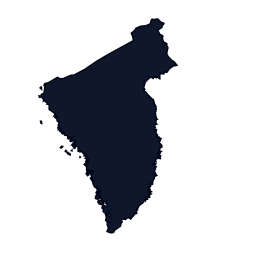 the district of Boalemo, Gorontalo, Indonesia, rotated 65°
{"feature_id": "22746128B1718153682633", "entity_name": "Boalemo", "entity_type": "district", "adm_level": 2, "iso_a3": "IDN", "parent_name": "Indonesia", "parent_adm1": "Gorontalo", "projection": "orthographic", "projection_center": [122.441, 0.682], "detail": "fine", "context": "isolated", "style": "filled", "palette": "ink", "viewbox_px": 256, "rotation_deg": 65, "n_neighbors": 0, "source": "geoboundaries", "source_scale": "gbopen_adm2", "svg_char_len": 5954}
<svg xmlns="http://www.w3.org/2000/svg" viewBox="0 0 256 256"><g transform="rotate(65 128 128)"><path d="M91.9,57.1L87.2,58.3L85.2,59.8L80.0,61.5L76.9,61.5L72.1,57.9L69.5,58.0L68.0,57.2L64.8,59.5L60.6,58.8L59.7,57.6L58.9,57.6L56.5,59.6L51.9,59.7L51.1,54.7L49.5,53.7L49.3,52.4L48.3,51.2L45.9,53.5L41.7,55.0L40.3,59.6L39.5,60.1L40.7,62.0L43.0,63.7L42.9,68.6L41.1,73.5L41.0,78.6L42.3,80.5L43.5,84.9L47.4,85.1L51.1,86.2L52.9,113.8L54.2,127.7L56.6,142.4L57.2,154.4L56.1,157.6L55.8,166.2L54.2,169.3L52.3,170.5L53.3,181.2L52.6,184.6L53.3,185.5L53.7,184.9L53.9,186.0L54.6,185.8L54.3,186.4L54.8,185.8L55.9,186.2L61.2,189.6L60.8,191.0L61.2,192.6L62.5,193.5L61.3,195.0L62.8,195.3L63.1,194.2L62.6,193.7L63.2,192.7L64.7,193.0L66.3,192.4L67.8,193.2L67.6,192.6L68.2,192.1L71.6,190.5L72.2,191.2L72.4,190.3L74.1,189.8L77.8,191.6L83.4,188.4L84.8,188.5L85.8,189.8L86.0,188.0L86.6,188.3L87.4,187.5L88.8,188.5L87.4,189.2L87.5,189.8L89.5,188.6L91.8,189.2L94.3,188.0L94.7,188.8L95.7,189.0L95.9,190.1L97.0,190.4L97.7,189.6L98.2,191.6L99.3,191.6L99.4,191.1L100.1,191.8L100.4,189.7L100.9,191.0L101.9,191.3L102.5,190.8L101.6,189.6L104.0,190.4L105.6,189.9L105.8,189.3L103.1,187.7L107.6,188.5L109.2,186.4L110.6,186.1L111.7,187.1L112.6,186.7L111.5,185.5L112.0,184.7L112.4,185.4L113.2,185.2L112.7,182.3L113.2,181.1L113.5,183.1L114.6,184.0L114.5,185.5L115.2,186.0L116.0,185.8L116.6,182.6L117.8,182.1L117.7,180.7L118.4,181.6L118.3,183.2L119.6,182.3L119.5,181.3L120.2,182.5L118.5,184.4L119.5,183.9L119.0,185.1L119.5,186.0L119.9,184.6L120.5,184.6L120.2,185.7L121.1,185.7L121.1,184.3L121.3,185.1L122.2,184.5L123.0,185.7L123.5,185.2L123.7,185.8L123.9,184.7L122.3,183.0L123.9,181.3L123.5,180.9L124.5,181.4L124.2,180.9L124.9,180.4L126.2,181.9L127.3,181.5L126.7,182.4L127.9,183.0L129.4,181.6L129.6,180.1L130.5,179.4L131.1,179.7L132.1,177.8L132.7,179.2L133.7,178.5L134.7,179.6L135.3,178.6L134.9,177.2L136.0,178.1L136.5,177.6L136.9,178.5L137.0,177.7L138.3,178.1L139.2,176.8L139.5,177.3L138.7,178.8L141.0,177.6L141.5,177.9L140.9,178.8L140.1,178.6L139.8,179.7L140.8,180.5L140.0,180.7L142.3,180.2L142.8,179.2L143.7,180.1L143.1,181.7L142.1,181.9L142.5,183.1L145.5,181.9L147.7,182.8L148.3,182.3L148.1,183.1L149.8,183.6L150.5,181.8L151.5,182.3L152.8,181.7L151.8,181.4L151.6,180.7L150.8,181.0L150.8,180.1L151.5,180.1L151.3,179.4L151.9,179.1L152.5,179.6L152.7,178.2L153.8,180.7L153.2,180.8L153.6,181.2L159.6,181.8L158.8,182.6L157.4,182.6L157.4,183.1L158.3,183.2L161.5,182.8L161.4,181.9L160.4,181.7L161.8,181.5L163.2,183.2L166.6,183.3L167.8,182.9L167.7,181.2L168.8,181.5L168.8,182.2L169.5,182.1L169.8,181.1L172.7,179.6L170.6,181.7L172.4,182.9L172.9,184.2L174.0,184.3L174.4,183.7L173.0,181.7L172.9,180.7L173.8,179.7L175.0,183.1L176.0,182.0L176.7,182.6L177.6,181.6L178.9,183.4L179.4,182.1L180.2,182.6L182.4,181.1L183.3,182.1L182.2,182.7L181.2,185.3L181.7,186.3L182.9,186.6L185.0,186.0L186.6,183.6L185.8,181.5L184.1,181.0L185.0,179.3L186.3,179.2L186.6,180.0L189.2,179.3L190.3,181.0L188.2,182.1L187.3,182.9L187.4,183.7L189.5,185.4L189.9,184.7L192.0,185.0L192.8,185.7L194.2,185.5L195.4,184.4L196.3,184.8L196.6,183.7L197.9,182.6L197.7,181.9L195.3,181.1L194.9,180.2L198.1,181.4L199.4,180.8L199.5,179.6L200.1,181.4L201.2,181.4L201.2,182.0L197.0,184.1L197.1,184.9L199.9,185.4L202.2,187.3L204.2,186.6L204.0,185.7L205.5,184.3L205.0,186.8L206.7,187.7L210.4,188.0L212.9,190.8L215.8,187.9L216.5,185.2L214.9,183.2L213.8,176.4L211.2,174.3L210.8,173.0L208.4,173.0L208.2,171.4L209.9,168.8L209.2,167.3L209.7,164.9L211.5,164.2L211.5,163.3L210.8,162.8L209.9,160.3L209.1,159.9L209.4,158.6L208.0,158.1L209.1,156.3L206.6,155.3L206.2,153.9L204.8,154.1L204.8,152.8L203.0,150.8L202.0,145.8L200.1,143.5L201.5,143.1L200.3,142.1L200.7,140.6L198.1,141.1L199.4,139.9L199.9,137.8L197.9,138.4L198.9,137.4L197.9,136.8L197.7,135.7L197.2,136.9L195.9,136.8L196.2,135.1L195.3,135.9L194.8,135.6L195.2,133.9L193.7,134.8L193.3,136.0L192.8,135.7L192.9,134.0L190.0,134.7L189.3,133.3L190.5,133.8L190.9,133.2L190.0,131.7L188.2,130.8L189.3,129.6L186.1,127.6L184.7,125.3L183.3,125.1L183.1,122.2L181.2,124.2L180.8,123.4L181.8,122.9L181.8,122.2L178.8,122.3L177.2,121.5L176.8,120.5L175.4,121.1L175.5,119.5L174.8,118.7L173.2,120.4L172.3,118.0L171.0,119.8L170.1,117.7L170.5,116.8L168.0,116.5L168.1,114.9L166.9,113.8L168.3,113.3L169.4,111.7L166.8,110.2L166.4,111.6L165.7,111.8L164.5,109.7L164.1,111.3L163.3,111.8L163.1,108.0L162.0,109.4L159.3,107.0L159.8,105.6L158.3,104.7L154.5,105.9L151.5,102.5L150.5,103.7L149.5,103.7L149.6,104.9L148.3,104.5L147.6,105.5L146.7,104.2L144.6,105.0L141.5,102.9L140.7,104.8L139.0,103.0L137.7,103.6L136.5,101.9L136.7,100.2L135.5,100.9L132.4,98.8L132.4,97.8L131.2,98.6L130.3,97.7L129.1,98.1L127.4,97.1L125.7,97.2L124.9,95.8L123.6,95.4L122.9,94.3L120.8,94.2L120.2,93.4L118.9,94.2L118.4,93.6L117.6,94.0L116.3,93.5L115.9,94.1L115.4,93.4L112.7,93.1L112.6,93.6L108.3,95.2L109.2,95.6L108.6,96.1L106.2,95.9L105.4,96.9L104.9,96.3L102.8,96.6L102.4,98.1L101.8,97.5L99.3,97.7L99.9,96.5L97.9,96.7L94.3,93.4L92.8,94.7L93.3,93.4L92.6,92.0L93.3,91.5L92.4,90.8L92.6,89.6L91.8,88.1L90.9,87.9L91.8,87.4L91.7,85.5L93.7,84.2L92.3,83.3L93.4,80.9L94.1,80.7L94.0,81.5L94.5,80.9L93.9,79.9L96.8,78.4L94.8,77.3L93.4,77.5L93.2,76.3L91.7,75.5L93.1,74.5L94.1,72.6L93.2,71.9L92.8,70.7L94.0,69.4L91.8,65.4L90.9,61.1L91.9,57.1ZM178.1,183.4L176.5,184.0L176.4,184.8L175.9,184.2L175.4,184.7L176.2,186.1L177.7,187.2L178.7,186.9L179.8,185.4L179.4,183.8L178.1,183.4ZM152.2,183.0L150.6,183.6L151.7,185.3L154.1,184.8L153.8,183.2L153.0,183.0L152.6,183.6L152.2,183.0ZM127.3,191.3L124.7,192.8L124.5,193.5L125.5,193.7L127.1,192.7L128.0,191.8L127.3,191.3ZM87.4,204.3L85.2,203.7L84.9,204.4L86.9,204.8L87.4,204.3ZM117.2,197.6L117.8,197.2L117.8,195.9L117.2,195.0L116.4,196.0L117.2,197.6ZM56.3,190.0L54.4,189.2L54.1,189.3L54.5,190.7L56.3,190.0ZM122.8,194.8L123.4,194.2L123.0,193.4L122.0,193.9L122.8,194.8ZM125.0,188.4L124.4,188.2L124.6,188.9L125.0,188.4ZM134.2,183.4L133.7,183.6L134.0,184.0L134.4,183.9L134.2,183.4Z" fill="#0f172a" stroke="#020617" stroke-width="1.5"/></g></svg>